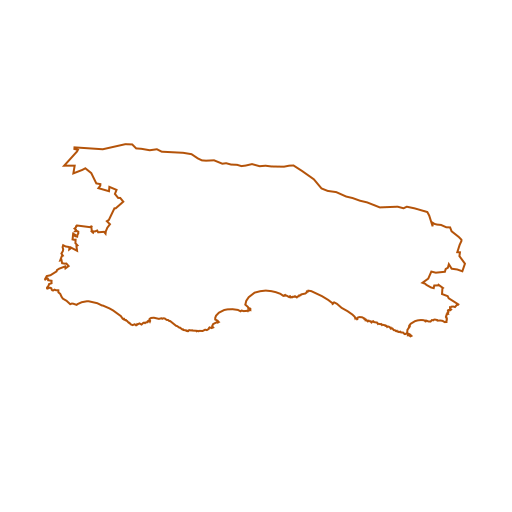 the district of Eden, Western Cape, South Africa, rotated 14°
{"feature_id": "47623444B71894478343084", "entity_name": "Eden", "entity_type": "district", "adm_level": 2, "iso_a3": "ZAF", "parent_name": "South Africa", "parent_adm1": "Western Cape", "projection": "equal_earth", "projection_center": [22.286, -33.877], "detail": "fine", "context": "isolated", "style": "outline", "palette": "amber", "viewbox_px": 512, "rotation_deg": 14, "n_neighbors": 0, "source": "geoboundaries", "source_scale": "gbopen_adm2", "svg_char_len": 6052}
<svg xmlns="http://www.w3.org/2000/svg" viewBox="0 0 512 512"><g transform="rotate(14 256 256)"><path d="M343.5,177.2L335.7,176.4L329.1,176.5L318.4,174.6L309.8,175.5L303.2,174.6L293.6,167.6L280.2,162.4L270.5,159.1L266.4,160.3L261.5,162.6L249.3,165.4L243.4,166.1L237.8,168.0L229.9,167.8L224.0,170.8L220.1,172.3L215.6,172.1L209.7,173.3L204.6,173.2L201.0,174.6L192.1,173.3L184.5,175.6L180.4,176.3L176.0,175.4L168.8,172.8L160.3,173.5L139.3,177.6L134.0,176.4L127.3,179.1L118.9,179.7L113.7,180.6L108.9,177.7L102.2,179.1L81.5,189.5L53.6,194.5L53.9,196.1L57.5,196.0L57.1,197.8L48.0,214.8L58.2,212.2L58.8,220.0L66.5,214.6L69.2,212.2L76.1,215.4L83.5,224.2L87.6,223.9L87.9,225.4L86.7,228.3L97.7,228.7L97.0,224.4L104.7,225.6L104.1,229.9L108.2,233.0L110.2,232.5L114.1,235.4L108.3,243.7L107.1,244.0L104.5,256.6L102.9,258.3L106.6,260.5L104.9,264.5L104.3,268.4L104.6,270.7L102.7,269.3L97.1,271.2L95.7,269.7L93.9,271.1L92.4,271.4L92.3,272.8L91.4,272.5L90.8,271.4L90.4,271.5L90.4,270.8L89.4,268.3L89.4,267.2L89.0,267.1L87.8,268.2L74.9,269.7L74.8,270.4L74.2,270.7L74.3,271.8L73.3,273.3L74.9,274.0L75.0,274.9L74.6,275.7L76.4,275.1L77.7,275.4L78.1,277.2L77.6,278.6L77.8,280.5L75.7,280.5L75.3,280.3L75.4,279.2L73.2,278.6L74.0,284.3L75.3,284.3L77.0,283.8L77.7,287.3L80.2,288.9L79.3,289.7L81.1,294.2L74.5,292.6L74.6,293.1L73.2,294.8L72.9,292.8L72.4,292.5L68.9,292.8L66.3,292.2L66.2,294.2L67.3,296.2L67.4,298.0L66.6,300.7L68.5,302.4L67.6,303.1L67.1,307.6L68.2,306.9L69.6,309.9L72.4,309.7L73.8,309.2L76.6,311.1L74.1,314.1L73.3,312.3L68.1,315.9L66.3,317.8L66.2,319.2L61.2,324.4L57.8,326.1L56.9,329.5L57.2,329.8L58.6,328.2L59.1,328.1L59.9,328.7L60.2,329.8L63.6,329.5L64.2,331.9L62.0,333.3L61.9,335.1L60.9,337.2L61.1,338.0L61.8,338.0L62.5,337.1L64.3,336.6L65.2,336.8L66.0,338.2L66.8,338.6L67.6,338.5L68.6,337.4L70.3,337.6L72.5,337.1L73.1,339.1L75.2,340.1L77.2,342.6L78.9,344.1L83.0,345.3L87.4,347.7L88.8,346.7L90.0,346.5L93.8,346.8L94.4,345.9L98.1,343.0L102.7,340.9L104.6,340.4L113.4,340.2L118.6,341.3L119.3,341.1L126.5,342.3L130.5,343.4L139.4,347.0L141.8,349.1L142.1,348.9L142.9,349.4L143.3,349.0L143.9,349.7L145.2,349.6L145.3,350.0L146.6,350.2L148.7,351.6L149.3,351.4L150.9,352.6L153.0,352.9L154.8,351.6L156.4,352.3L156.9,352.0L157.2,350.8L157.8,350.9L159.2,349.6L161.5,350.2L162.8,348.2L163.5,347.7L164.5,348.0L165.1,347.2L166.8,346.5L167.0,346.0L166.7,345.6L167.3,344.8L168.2,344.6L168.9,345.3L169.0,344.6L168.1,343.6L168.0,342.7L169.2,341.5L171.8,340.6L177.0,340.5L179.3,339.3L180.2,339.6L181.0,338.9L182.6,338.7L184.7,339.6L186.3,339.4L187.6,340.1L188.5,339.9L195.4,343.1L196.5,343.1L199.0,344.1L199.7,343.9L201.9,345.0L202.9,344.8L203.4,345.4L205.8,345.1L206.5,345.5L206.9,345.1L207.8,345.5L208.5,345.3L208.7,344.4L209.4,344.0L211.1,344.0L211.9,343.5L212.6,343.7L216.2,343.0L216.6,343.4L217.7,342.7L218.5,342.9L219.3,342.3L222.3,341.7L224.5,339.8L226.2,339.8L227.8,338.2L227.8,337.3L228.2,336.5L230.3,336.7L231.7,335.7L230.4,334.7L230.9,332.4L233.9,329.8L234.6,330.0L235.1,329.3L235.4,329.5L235.8,329.1L234.7,328.6L234.5,328.1L231.8,327.5L231.4,325.8L231.7,323.5L233.7,320.0L238.2,316.1L241.2,314.7L246.1,313.3L251.5,312.7L254.4,313.4L255.2,312.4L257.3,312.5L260.3,311.5L261.0,310.9L261.5,311.3L261.8,310.6L262.5,310.5L262.7,309.7L263.6,309.8L263.3,308.6L262.3,308.3L261.9,307.6L262.0,308.6L261.5,308.2L261.7,307.8L261.0,308.3L260.5,307.4L257.4,305.8L257.4,301.8L258.9,297.7L263.5,291.9L268.7,289.1L273.8,287.2L279.3,286.4L283.9,286.3L288.8,286.8L292.2,288.1L292.7,287.9L293.0,287.2L293.6,286.8L294.0,287.4L295.0,287.0L297.9,287.8L298.3,287.2L298.9,287.6L299.1,287.0L300.0,287.6L301.1,286.9L301.3,287.2L303.4,285.7L303.8,286.1L304.2,285.8L305.6,286.3L306.2,285.2L307.2,284.8L307.4,283.7L308.7,283.4L309.2,282.3L312.9,280.5L314.0,279.1L313.9,278.1L314.9,278.0L315.1,277.0L318.1,276.7L329.7,279.0L336.8,281.2L341.8,283.4L342.0,283.9L342.3,283.6L342.0,282.9L343.0,282.1L346.1,282.8L351.6,285.6L358.2,287.4L363.7,289.5L366.5,291.1L367.4,292.5L367.6,292.1L368.7,292.2L369.9,293.6L369.3,292.2L369.8,291.0L371.2,290.2L373.7,289.8L376.7,290.5L377.0,290.8L376.9,291.1L377.9,291.1L378.0,291.9L378.9,291.7L379.8,292.2L379.9,291.7L380.8,291.5L381.0,292.0L382.6,291.6L383.7,292.3L383.7,291.8L384.9,291.3L385.3,291.6L385.6,291.0L386.8,291.6L389.5,291.3L390.7,292.4L390.9,292.1L393.1,292.1L393.8,291.7L394.9,292.5L395.2,292.1L398.4,292.0L398.6,292.5L399.6,292.3L400.4,293.1L400.7,292.7L401.7,292.4L403.1,292.8L404.1,293.7L404.4,293.2L404.9,293.7L405.9,293.3L407.6,294.6L408.7,294.4L409.7,294.9L410.5,294.6L410.6,295.0L412.1,294.9L412.3,295.2L413.3,295.2L414.3,294.5L415.2,295.1L417.3,294.7L419.0,295.8L419.9,295.6L420.6,294.8L422.2,295.0L422.8,295.6L422.7,296.2L423.2,296.1L423.2,295.6L425.3,296.6L426.1,295.9L424.1,294.8L421.3,294.3L420.8,291.0L422.0,287.9L421.6,287.8L421.7,286.9L422.0,286.6L421.6,286.3L422.5,284.3L426.1,280.7L428.6,279.3L431.3,278.3L433.6,277.8L435.4,277.8L435.7,278.1L436.0,277.8L436.6,278.3L437.1,277.5L439.1,277.8L441.2,277.4L442.2,275.6L443.6,275.5L443.9,274.9L444.8,274.4L447.3,274.3L447.7,274.8L450.4,274.0L452.7,273.8L455.1,274.5L456.7,274.0L456.4,273.3L456.7,272.8L456.3,271.2L456.5,270.9L455.8,269.6L455.4,269.7L455.0,269.2L455.1,267.1L455.5,266.6L455.3,266.2L455.8,265.9L455.7,265.5L456.3,265.5L455.7,264.4L456.2,264.0L456.1,263.6L455.4,262.4L455.7,261.9L457.4,261.8L457.9,261.4L458.0,261.0L457.7,260.8L458.0,260.6L457.0,260.0L456.7,258.9L457.3,258.9L457.8,257.9L459.8,257.3L461.4,257.4L462.8,254.7L463.7,254.6L464.0,254.0L453.2,250.4L451.7,248.6L445.7,247.9L444.7,242.3L445.1,241.8L440.1,239.8L440.0,240.4L436.1,241.5L436.2,244.2L433.5,244.2L428.3,242.8L426.9,242.0L424.0,241.7L428.6,236.3L429.9,228.7L434.5,228.7L443.1,225.6L443.2,222.7L445.0,221.0L445.1,217.3L448.9,221.0L454.5,220.4L459.9,220.9L460.6,212.9L453.4,206.9L453.0,203.1L450.4,203.6L450.9,195.9L451.7,191.7L451.4,190.5L448.2,188.5L439.8,184.7L437.4,181.3L433.7,182.1L428.0,181.1L424.1,181.7L421.5,181.7L419.1,180.9L420.2,184.5L414.3,174.9L411.6,171.9L398.3,171.4L390.4,171.7L387.6,174.0L381.5,173.9L364.4,178.9L350.8,177.1L343.5,177.2Z" fill="none" stroke="#b45309" stroke-width="2"/></g></svg>